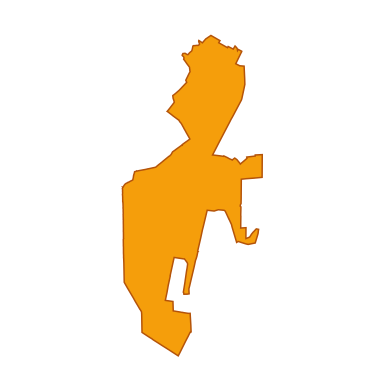 Uivar, Timis, Romania, rotated 312°
{"feature_id": "2599482B52111075494125", "entity_name": "Uivar", "entity_type": "district", "adm_level": 2, "iso_a3": "ROU", "parent_name": "Romania", "parent_adm1": "Timis", "projection": "equal_earth", "projection_center": [20.887, 45.653], "detail": "fine", "context": "isolated", "style": "filled", "palette": "amber", "viewbox_px": 384, "rotation_deg": 312, "n_neighbors": 0, "source": "geoboundaries", "source_scale": "gbopen_adm2", "svg_char_len": 5771}
<svg xmlns="http://www.w3.org/2000/svg" viewBox="0 0 384 384"><g transform="rotate(312 192 192)"><path d="M208.8,266.5L207.8,264.7L207.6,264.5L207.2,264.4L204.3,264.4L202.9,264.3L201.3,264.4L200.6,264.4L198.4,264.8L197.1,265.0L193.5,263.3L194.7,262.1L195.6,261.3L201.6,256.0L197.8,252.3L198.3,251.9L201.2,249.3L206.0,245.1L206.8,244.4L207.3,243.8L213.6,238.4L213.7,238.2L213.7,237.4L213.8,237.2L215.1,236.4L215.8,236.3L216.0,236.3L216.2,236.2L220.5,232.5L221.5,231.6L234.5,220.1L238.3,223.5L243.5,228.5L249.8,234.3L266.8,219.2L261.8,214.2L261.0,214.9L254.6,209.3L253.9,210.3L252.7,210.2L245.1,209.2L245.3,208.7L246.1,203.8L245.9,201.2L246.3,201.1L243.5,200.6L242.8,200.6L241.7,197.4L241.3,195.5L240.1,191.5L239.6,191.6L237.2,188.0L233.3,182.5L241.3,180.4L246.2,179.1L256.7,176.4L269.6,173.1L272.1,172.4L274.5,171.9L276.2,171.5L293.3,167.2L294.5,166.7L296.6,165.5L303.9,161.3L307.3,159.3L311.5,155.3L320.4,146.5L317.6,142.8L317.6,142.5L316.6,138.7L324.6,136.4L327.7,135.5L329.7,135.0L329.9,134.8L328.9,131.0L327.6,131.2L328.7,129.8L329.0,129.2L329.2,128.0L329.3,126.3L325.8,127.0L324.3,121.5L323.0,121.8L320.8,112.0L322.6,111.6L323.2,111.5L321.0,101.3L315.0,99.8L314.2,99.8L309.8,99.9L309.2,95.7L308.9,95.8L308.6,96.0L308.4,96.3L308.0,96.7L307.8,97.4L307.6,97.6L307.5,97.8L307.4,97.9L307.0,98.6L306.9,98.7L306.6,98.8L306.3,98.7L305.3,98.6L304.9,98.4L304.6,98.0L304.5,97.7L304.0,97.3L303.8,97.1L303.7,97.0L303.2,96.6L302.9,96.4L302.7,96.2L302.3,95.7L302.2,95.6L302.0,95.4L301.5,95.0L301.4,95.0L300.5,95.3L300.2,95.5L298.7,96.4L297.2,97.2L296.8,97.3L296.4,97.4L295.9,97.3L294.6,97.1L293.4,97.0L292.2,97.1L291.6,97.1L291.3,97.0L291.1,96.8L291.0,96.6L291.0,96.3L290.8,96.1L290.7,95.6L290.7,95.3L290.6,94.5L290.5,94.2L290.1,93.7L289.7,93.3L289.3,93.1L288.8,92.6L287.1,93.1L286.9,93.4L286.9,94.4L286.9,95.1L286.6,95.9L286.3,96.3L285.9,96.6L285.1,96.9L284.6,99.4L283.9,102.4L283.1,106.6L282.0,107.8L281.5,108.5L281.1,108.8L280.4,109.7L280.2,110.0L279.9,110.1L278.2,110.5L274.0,111.7L270.9,112.6L270.5,113.5L269.9,114.7L263.2,114.5L262.2,114.5L259.0,114.4L252.7,113.6L250.9,113.2L250.6,113.4L248.9,115.4L247.7,117.6L246.8,118.8L243.5,119.1L237.8,119.5L235.6,119.6L235.3,119.6L235.4,119.9L235.4,120.4L235.4,120.8L235.4,121.0L235.5,121.4L235.6,123.1L235.7,123.8L235.7,124.1L235.7,124.4L235.8,125.1L235.8,126.3L236.5,133.7L236.7,133.9L236.6,134.1L236.3,134.9L236.3,135.2L236.0,136.0L235.9,136.9L235.9,137.2L235.7,138.1L235.6,138.5L235.4,139.2L235.3,139.5L234.8,140.8L234.5,141.8L234.4,142.0L234.3,142.4L233.7,143.9L233.1,145.8L232.3,148.0L231.2,151.4L230.5,153.5L230.2,154.4L229.9,155.0L224.4,153.8L221.6,153.2L220.5,153.0L220.4,153.0L220.2,153.3L220.1,153.1L216.8,152.4L215.0,152.0L208.8,150.7L205.8,151.4L204.8,151.3L203.6,151.3L203.2,151.0L191.3,149.2L190.8,149.1L190.4,149.0L186.1,148.4L180.8,144.6L179.5,143.6L178.0,142.6L172.8,138.6L170.8,137.1L170.7,137.0L170.6,136.8L170.6,136.7L169.9,136.6L168.9,135.9L168.6,135.8L167.8,136.3L167.4,136.5L166.8,136.8L166.5,136.9L166.2,137.0L165.8,137.3L165.4,137.4L164.8,137.8L164.2,138.2L163.0,139.0L162.2,139.4L162.1,139.5L161.3,139.9L160.6,139.7L160.0,139.5L159.9,139.4L159.7,139.3L158.6,138.9L158.3,138.8L158.1,138.7L157.8,138.7L157.4,138.5L157.0,138.4L156.8,138.2L155.6,137.8L155.5,137.7L155.7,137.8L155.7,137.7L155.1,137.6L154.8,137.5L154.5,137.4L154.2,137.2L153.2,137.0L152.2,137.0L151.7,137.1L150.9,137.2L150.1,137.3L149.6,137.5L149.5,137.4L149.4,137.3L149.4,137.5L148.9,137.6L148.6,137.7L148.3,137.8L148.1,137.8L147.4,138.7L146.9,139.1L146.7,139.4L145.9,140.0L145.5,140.5L144.1,141.7L143.9,141.8L143.7,141.9L143.6,142.0L143.4,142.2L142.8,142.9L142.5,143.2L142.3,143.4L142.2,143.5L141.7,144.0L140.9,144.7L140.3,145.3L139.3,146.2L139.1,146.4L139.0,146.5L138.9,146.6L138.3,147.1L138.3,147.4L135.4,150.2L135.0,150.6L134.9,150.7L134.8,150.8L134.6,151.0L134.2,151.2L134.0,151.5L133.7,151.7L133.3,152.2L133.1,152.4L132.9,152.6L132.5,153.0L132.2,153.2L130.9,154.4L130.5,154.9L129.2,155.9L128.3,156.8L127.5,157.5L126.6,158.4L126.3,158.6L126.2,158.8L125.8,159.2L125.5,159.3L125.3,159.7L124.4,160.4L123.9,160.9L123.1,161.6L121.3,163.3L119.4,165.0L119.0,165.4L118.8,165.6L118.2,166.1L118.0,166.3L117.4,166.8L117.2,167.0L116.4,167.7L115.8,168.4L115.4,168.7L114.1,169.9L113.9,170.1L113.7,170.3L113.4,170.5L112.7,171.2L112.4,171.4L112.0,171.8L111.9,171.9L111.5,172.4L111.2,172.4L110.7,172.7L110.6,172.9L110.5,173.0L110.2,173.2L107.2,176.0L106.6,176.5L106.1,177.0L105.9,177.2L105.0,178.1L100.8,181.9L99.0,183.7L97.3,185.2L97.3,185.3L93.6,188.9L79.6,202.0L79.4,202.5L77.5,208.2L74.1,219.1L72.8,222.8L70.7,229.6L70.0,231.6L70.1,231.8L69.2,234.6L67.6,236.3L64.3,239.4L58.6,244.7L54.2,248.8L55.4,256.7L56.1,260.6L56.1,261.4L56.3,262.8L58.1,273.7L58.9,278.3L60.4,287.6L61.0,291.4L64.2,290.6L76.4,287.2L79.8,286.3L82.2,285.7L84.6,285.0L86.6,284.5L86.8,284.8L87.4,284.5L87.6,284.8L88.0,284.4L88.8,283.6L92.1,280.4L100.6,271.8L99.3,270.4L96.4,266.0L96.4,265.8L96.2,265.6L95.9,265.1L95.4,264.5L95.0,263.7L91.1,257.6L95.4,253.5L97.9,251.1L93.6,244.7L101.0,240.4L106.4,237.0L115.1,232.0L115.1,231.8L131.4,222.5L136.8,230.7L137.2,231.1L137.1,231.7L136.3,235.7L135.6,236.9L132.1,239.3L129.5,240.9L121.0,246.6L120.6,246.9L113.5,251.5L111.7,252.6L111.7,253.0L110.6,254.4L110.8,254.6L113.2,257.1L114.4,258.0L117.4,255.0L118.1,254.4L120.4,253.2L127.3,249.4L137.2,244.0L139.5,242.7L143.3,240.5L143.7,240.3L145.3,239.7L147.6,238.6L151.5,236.3L151.8,236.4L151.8,235.8L163.9,229.1L171.0,225.0L173.7,223.6L188.6,215.5L192.7,221.2L196.4,223.4L199.9,228.1L200.0,229.5L198.4,233.3L196.7,237.2L196.8,237.2L194.2,243.2L193.0,244.9L192.0,246.5L184.4,258.9L185.9,259.3L186.0,259.4L186.2,259.6L186.9,261.0L187.3,262.0L189.4,266.6L190.6,268.8L196.4,273.1L202.2,270.4L205.3,268.9L206.9,267.8L207.2,267.5L208.8,266.5Z" fill="#f59e0b" stroke="#b45309" stroke-width="1.5"/></g></svg>